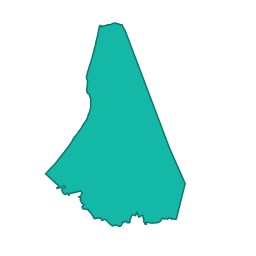 Limon, Colón, Honduras (Natural Earth projection), rotated 284°
{"feature_id": "27666195B22880782572265", "entity_name": "Limon", "entity_type": "district", "adm_level": 2, "iso_a3": "HND", "parent_name": "Honduras", "parent_adm1": "Colón", "projection": "natural_earth1", "projection_center": [-85.558, 15.789], "detail": "fine", "context": "isolated", "style": "filled", "palette": "teal", "viewbox_px": 256, "rotation_deg": 284, "n_neighbors": 0, "source": "geoboundaries", "source_scale": "gbopen_adm2", "svg_char_len": 5291}
<svg xmlns="http://www.w3.org/2000/svg" viewBox="0 0 256 256"><g transform="rotate(284 128 128)"><path d="M219.8,75.7L219.4,75.7L218.2,75.7L216.9,75.8L215.9,75.9L211.9,76.0L209.3,76.2L208.2,76.1L207.9,76.2L204.3,76.1L203.0,76.2L202.2,76.1L201.1,76.3L199.8,76.4L198.1,76.2L197.4,76.3L195.7,76.2L194.8,76.2L194.3,76.3L193.7,76.2L192.6,76.3L190.5,76.1L189.9,76.2L188.2,76.2L185.7,76.1L181.1,75.8L179.1,75.7L178.3,75.5L177.8,75.5L177.2,75.6L176.4,75.6L174.9,75.4L173.9,75.4L173.2,75.3L172.6,75.3L170.8,75.4L168.7,75.3L167.7,75.3L167.2,75.4L165.6,76.1L164.5,77.0L163.7,77.4L161.9,77.7L161.3,77.9L160.5,77.9L158.4,78.3L156.7,78.4L155.7,78.5L154.8,78.6L154.1,78.9L153.8,79.0L153.7,79.3L153.5,79.5L152.8,79.8L152.3,80.0L151.9,80.3L151.8,80.6L151.9,81.4L151.5,82.0L151.1,82.3L150.4,82.5L149.7,83.0L148.9,83.6L147.8,84.6L147.5,84.8L147.1,84.9L146.4,85.1L143.9,85.5L142.7,85.8L142.1,86.1L140.9,86.3L139.4,86.7L138.4,86.8L136.7,86.8L135.8,86.8L133.3,86.7L132.2,86.4L131.4,86.3L130.9,86.2L129.8,86.3L127.8,86.1L126.3,85.8L124.7,85.4L122.8,84.6L121.1,84.0L120.5,83.9L119.9,83.6L118.7,83.2L117.7,83.0L116.5,82.7L115.2,82.1L112.5,81.0L110.3,80.3L106.9,78.6L104.6,77.6L104.0,77.4L102.6,77.2L100.6,76.6L98.3,75.7L94.3,74.3L91.3,72.8L89.0,71.9L82.2,68.8L79.6,67.7L77.2,66.6L76.2,66.2L73.4,64.6L68.1,61.5L65.4,60.1L63.6,59.1L56.3,72.4L56.3,72.8L56.2,73.3L55.9,73.7L55.7,74.2L55.4,74.6L55.1,74.9L54.9,74.9L54.4,74.6L53.6,74.0L52.9,73.6L52.4,73.5L52.2,73.7L52.2,73.9L52.3,74.1L52.4,74.3L52.8,74.7L53.1,75.2L53.3,75.6L53.5,76.8L53.6,77.2L53.9,77.5L54.4,77.8L55.8,79.1L56.2,79.4L56.4,79.5L56.4,79.9L56.4,80.4L56.3,80.8L56.1,81.1L55.8,81.5L55.5,81.7L55.2,81.8L54.9,81.7L54.7,81.5L54.4,80.5L54.2,80.0L54.0,79.6L53.8,79.4L53.4,79.1L52.9,78.9L52.3,78.8L51.8,78.9L51.1,79.1L49.6,80.3L48.5,82.0L48.3,82.5L48.3,82.9L48.3,83.1L48.4,83.4L48.6,83.6L48.8,83.8L49.9,84.6L50.0,84.7L50.1,84.8L50.0,85.1L49.6,85.6L49.3,85.9L48.9,86.2L48.6,86.5L48.5,86.8L48.5,87.0L48.8,87.2L49.8,87.4L50.5,87.7L51.0,87.9L51.2,88.1L51.2,88.3L51.2,88.5L51.1,89.1L55.5,97.5L55.2,97.6L55.0,97.8L54.1,99.0L53.7,99.1L53.4,99.2L52.2,98.7L51.6,98.6L50.0,98.6L49.8,98.5L49.8,98.2L49.8,97.5L49.8,97.3L49.4,96.8L49.2,96.8L49.1,97.1L49.0,98.6L48.9,99.2L48.6,99.3L48.1,99.1L47.5,99.3L47.2,99.2L46.9,99.0L46.6,99.0L46.0,99.8L44.5,100.8L43.9,101.4L43.8,101.5L43.7,103.0L43.3,103.3L43.1,103.8L42.9,103.8L42.7,103.7L41.2,102.7L40.5,102.5L40.2,102.5L39.7,103.1L39.3,103.2L39.1,103.5L38.8,103.8L38.6,104.4L38.6,104.5L38.9,105.2L39.1,106.1L39.1,106.4L38.9,106.8L38.8,107.2L39.4,108.4L39.4,108.6L39.4,109.1L38.7,109.3L38.4,109.5L38.3,109.8L38.0,110.3L37.9,110.6L37.3,111.1L36.8,111.8L36.0,113.2L35.9,113.4L35.5,113.5L35.2,113.7L34.5,115.1L34.1,115.5L33.9,115.7L33.7,115.6L33.4,115.6L33.2,116.0L32.3,116.7L32.1,116.9L32.0,117.6L32.1,118.2L33.1,119.9L33.4,120.8L33.5,121.0L33.4,121.4L33.6,122.0L33.7,122.4L34.2,123.0L34.2,123.3L34.1,123.5L33.3,123.8L33.0,124.0L32.4,124.5L32.1,124.9L32.0,125.3L32.2,125.7L33.1,126.5L33.4,126.8L33.5,127.0L33.7,127.7L33.7,128.0L33.6,128.3L33.5,128.6L33.1,129.1L32.8,129.8L32.1,131.1L31.2,132.4L30.4,133.9L29.9,135.4L29.3,136.1L29.1,136.4L29.1,136.5L29.7,137.3L30.0,137.7L31.0,140.1L31.0,140.4L30.5,142.6L30.5,143.0L30.6,143.5L30.7,143.8L30.9,144.1L31.4,144.8L31.8,145.1L32.8,145.2L34.2,145.6L35.1,145.2L35.4,145.2L35.5,145.3L35.5,145.6L35.4,146.4L35.4,146.7L35.5,146.9L35.7,147.2L36.0,147.4L36.5,147.7L36.8,148.0L37.0,148.2L37.1,148.5L37.0,148.9L36.8,149.4L36.6,149.6L36.0,150.0L35.9,150.3L36.5,150.9L36.5,151.1L36.4,151.4L36.2,151.9L36.3,152.2L36.5,152.5L37.0,152.8L37.7,152.6L38.5,152.3L38.9,152.2L40.7,152.5L43.0,152.6L43.9,152.8L44.3,153.0L44.7,153.3L44.9,153.6L45.0,153.8L45.0,154.3L44.7,156.1L44.7,156.3L44.8,156.4L45.1,156.6L46.2,156.8L47.3,156.8L47.9,156.7L48.2,156.8L48.4,157.0L48.2,157.3L47.8,157.6L46.4,158.6L45.3,159.2L44.2,159.8L44.2,160.1L44.8,160.7L45.9,162.0L46.6,162.7L46.7,162.9L46.7,163.2L46.7,163.4L46.6,163.6L46.4,163.7L44.7,164.4L43.6,165.1L43.1,165.5L42.8,165.6L42.1,165.8L41.3,165.7L40.9,165.8L40.7,166.0L40.5,167.1L40.2,167.3L39.5,167.3L39.2,167.4L39.0,167.7L38.8,168.0L39.0,168.9L39.2,169.1L39.5,169.1L40.5,168.8L40.9,168.8L41.1,168.9L41.2,169.0L41.2,171.3L41.4,173.8L41.4,174.3L41.5,174.6L41.8,175.0L42.4,177.1L43.1,179.0L43.4,179.7L44.2,181.0L44.7,181.4L46.0,182.3L47.2,182.7L48.6,182.9L48.8,183.0L48.9,183.3L48.5,184.7L48.5,185.4L48.5,185.5L49.1,186.3L49.4,187.0L49.4,187.3L49.3,187.7L49.1,188.3L49.1,188.6L49.3,188.7L49.5,188.8L50.4,189.2L50.6,189.4L50.7,189.6L50.7,189.8L50.6,190.1L50.6,190.5L51.0,191.4L51.0,191.6L50.2,192.1L50.1,192.3L50.0,192.5L50.1,192.8L50.8,193.4L50.9,193.6L50.9,194.0L50.7,194.9L50.7,195.4L50.9,196.0L51.2,196.7L51.3,196.9L87.9,196.9L118.7,173.0L221.6,101.8L224.6,98.9L225.1,98.3L226.0,97.8L226.4,97.7L226.6,97.3L226.7,96.7L226.5,96.3L226.2,95.6L226.2,95.1L226.3,94.7L226.8,94.0L226.8,93.5L226.8,93.1L226.4,91.8L226.5,91.4L226.8,91.0L226.9,90.7L226.8,90.2L226.5,89.4L225.9,88.4L225.7,87.7L225.0,87.2L224.8,86.8L224.4,86.6L224.1,86.2L223.8,85.6L223.7,85.3L223.6,84.0L223.2,83.0L222.7,82.5L222.5,82.4L222.2,82.2L221.2,79.9L220.9,79.6L220.6,79.4L220.3,79.0L220.2,78.7L220.7,78.2L220.7,77.9L220.5,77.7L219.7,77.3L219.6,77.2L219.8,76.9L220.2,76.8L220.7,76.7L220.8,76.6L220.7,76.3L220.4,76.1L219.9,76.0L219.8,75.8L219.8,75.7Z" fill="#14b8a6" stroke="#0f766e" stroke-width="1.5"/></g></svg>